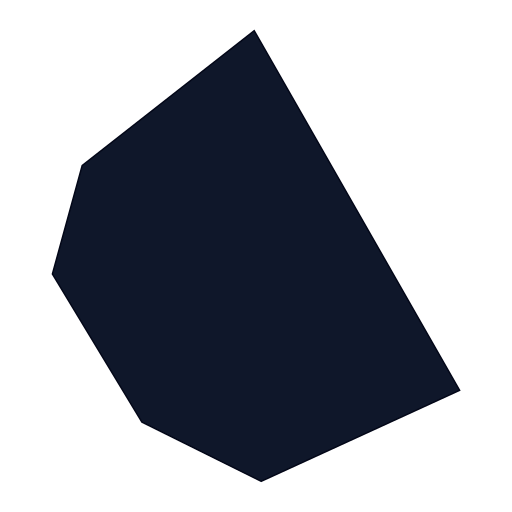 Xgħajra, Equal Earth projection
{"feature_id": "MLT-5952", "entity_name": "Xgħajra", "entity_type": "state/province", "adm_level": 1, "iso_a3": "MLT", "parent_name": "Malta", "parent_adm1": "", "projection": "equal_earth", "projection_center": [14.546, 35.883], "detail": "fine", "context": "isolated", "style": "filled", "palette": "ink", "viewbox_px": 512, "rotation_deg": 0, "n_neighbors": 0, "source": "natural_earth", "source_scale": "10m", "svg_char_len": 212}
<svg xmlns="http://www.w3.org/2000/svg" viewBox="0 0 512 512"><path d="M254.2,30.7L459.6,390.3L261.2,481.3L141.9,422.1L52.4,274.0L82.2,165.5L254.2,30.7Z" fill="#0f172a" stroke="#020617" stroke-width="1.5"/></svg>